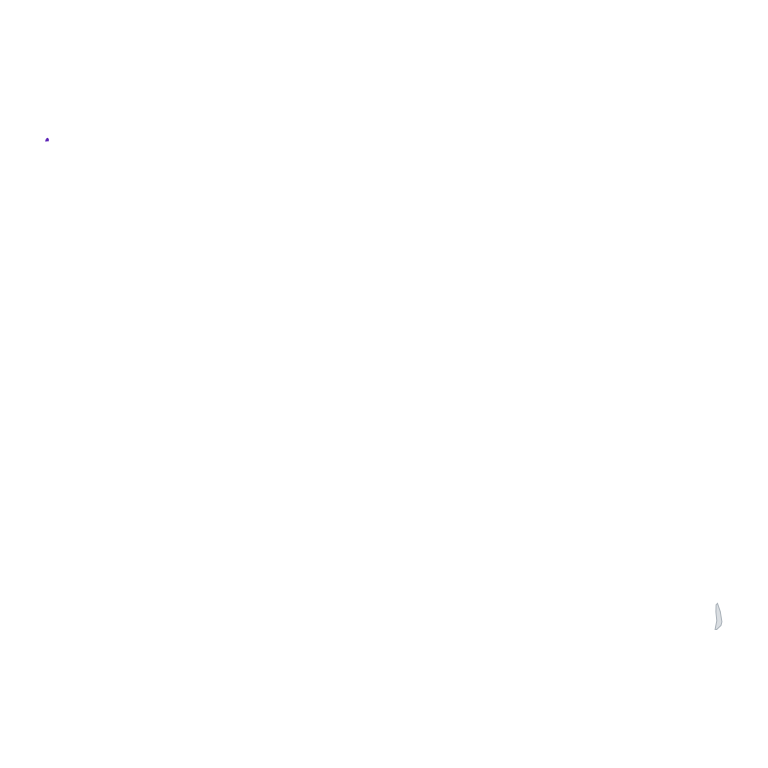 Manutalake, Tuvalu (highlighted)
{"feature_id": "33948139B42488668501008", "entity_name": "Manutalake", "entity_type": "district", "adm_level": 2, "iso_a3": "TUV", "parent_name": "Tuvalu", "parent_adm1": "", "projection": "natural_earth1", "projection_center": [177.148, -7.242], "detail": "fine", "context": "in_parent", "style": "filled", "palette": "violet", "viewbox_px": 768, "rotation_deg": 0, "n_neighbors": 0, "source": "geoboundaries", "source_scale": "gbopen_adm2", "svg_char_len": 677}
<svg xmlns="http://www.w3.org/2000/svg" viewBox="0 0 768 768"><path d="M721.0,625.4L716.7,629.5L715.1,629.4L716.8,620.8L715.9,611.9L716.1,604.8L717.5,603.4L720.3,611.7L721.9,621.8L721.0,625.4Z" fill="#d9dde1" stroke="#a8b0b8" stroke-width="1"/><path d="M46.1,140.7L46.4,140.6L46.5,140.7L46.9,140.6L47.1,140.6L47.5,140.6L47.9,140.6L48.0,140.6L48.0,140.4L47.9,140.3L48.0,140.2L48.2,139.9L48.1,139.7L47.9,139.6L47.9,139.4L47.8,139.2L47.8,138.9L47.7,138.8L47.6,138.7L47.4,138.6L47.2,138.7L47.1,138.8L47.0,139.0L46.9,139.1L46.9,139.3L46.9,139.5L46.8,139.8L46.7,140.0L46.4,140.2L46.2,140.2L46.2,140.3L46.1,140.5L46.1,140.7Z" fill="#8b5cf6" stroke="#5b21b6" stroke-width="1.5"/></svg>